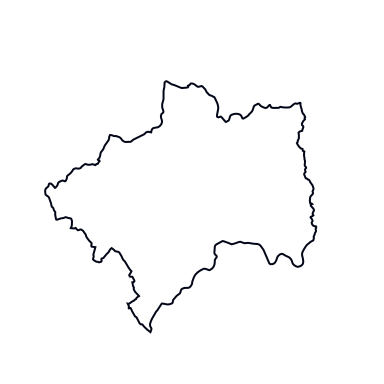 outline of Tay Hoa, Phú Yên, Vietnam, rotated 156°
{"feature_id": "81297802B36488646512837", "entity_name": "Tay Hoa", "entity_type": "district", "adm_level": 2, "iso_a3": "VNM", "parent_name": "Vietnam", "parent_adm1": "Phú Yên", "projection": "albers", "projection_center": [109.179, 12.914], "detail": "fine", "context": "isolated", "style": "outline", "palette": "ink", "viewbox_px": 384, "rotation_deg": 156, "n_neighbors": 0, "source": "geoboundaries", "source_scale": "gbopen_adm2", "svg_char_len": 5974}
<svg xmlns="http://www.w3.org/2000/svg" viewBox="0 0 384 384"><g transform="rotate(156 192 192)"><path d="M287.0,80.9L285.2,82.7L284.8,83.3L284.6,84.0L284.8,86.5L284.1,88.4L281.8,91.0L279.8,92.7L273.3,97.4L271.8,98.0L265.5,102.1L264.8,102.3L263.7,101.7L260.4,99.4L258.3,98.6L256.1,98.4L255.0,98.6L254.2,99.4L253.5,100.6L252.9,101.2L248.2,103.4L244.6,104.2L243.9,104.6L243.0,105.5L242.1,106.7L241.1,107.4L239.7,107.6L237.9,107.4L234.1,105.9L233.2,105.9L231.8,106.3L229.7,107.7L227.9,110.3L224.6,113.7L222.2,115.3L219.2,116.4L215.9,117.0L212.7,117.1L211.7,116.8L210.6,116.0L208.1,113.6L207.2,113.5L204.7,113.9L203.1,114.7L201.6,115.9L200.5,117.3L198.8,120.5L197.8,121.4L196.1,122.3L195.7,122.9L195.6,123.7L196.5,126.3L196.3,127.4L193.3,132.9L192.4,133.8L191.1,134.2L185.0,134.7L183.8,134.7L183.0,134.0L179.2,130.4L177.2,128.2L176.5,128.0L173.3,127.5L170.1,127.3L168.8,127.1L168.0,126.8L165.8,124.7L164.7,123.8L161.4,122.7L156.5,119.5L153.4,117.9L151.8,116.4L151.2,114.9L150.2,110.1L150.4,95.3L149.8,94.2L147.8,93.4L146.6,93.3L145.7,93.5L144.6,93.9L143.7,94.6L142.5,95.6L141.1,97.2L139.7,98.4L137.2,99.2L135.1,99.0L134.3,98.4L132.6,96.0L129.7,92.6L128.9,90.3L128.8,89.3L129.1,85.5L128.3,83.4L127.4,82.1L125.9,80.6L124.1,80.3L122.0,80.3L120.8,80.8L119.7,81.5L118.5,83.5L117.8,86.0L117.2,89.3L116.1,91.6L113.4,93.9L110.3,96.0L108.6,96.9L104.1,98.2L100.9,98.5L100.4,99.0L99.4,100.4L98.9,101.9L97.3,103.2L96.5,104.4L94.9,105.5L94.5,106.2L94.1,107.9L92.7,109.4L92.8,110.3L93.8,110.8L94.8,111.7L95.4,113.4L95.2,115.3L93.6,116.5L93.5,116.9L93.5,118.2L94.0,120.6L93.6,121.0L91.9,121.0L90.6,121.3L90.7,123.0L90.5,123.4L89.3,124.6L88.2,125.4L87.9,125.8L87.9,127.6L89.0,130.9L89.0,131.4L88.5,131.9L88.1,132.1L87.1,132.1L87.5,132.9L88.6,133.5L87.8,136.4L86.1,139.2L85.7,139.5L85.2,139.9L82.4,141.1L81.9,141.9L81.6,143.6L80.3,144.6L79.5,146.0L79.2,149.0L80.0,153.1L80.0,155.0L80.4,155.8L81.1,156.3L81.6,157.5L82.5,158.3L82.4,162.4L82.2,162.8L81.4,163.6L80.5,163.8L80.0,164.3L79.9,165.9L79.3,166.9L77.9,167.6L77.8,168.3L78.2,169.6L78.2,170.5L76.2,174.2L75.8,176.6L75.3,177.5L74.9,179.8L74.2,180.9L73.9,181.9L72.9,183.2L73.0,183.6L74.0,184.5L73.5,186.4L74.9,187.6L75.6,189.3L76.2,192.2L76.3,194.0L75.0,194.8L74.6,195.8L72.7,197.3L71.2,200.5L70.6,202.8L69.6,203.3L68.7,203.4L66.4,203.1L65.4,204.5L64.3,205.5L63.8,206.2L63.7,207.0L64.2,208.2L64.0,209.4L63.0,210.4L61.4,211.6L59.2,212.5L59.1,213.8L58.2,214.3L58.2,217.0L58.8,218.6L58.7,221.0L58.2,223.0L57.7,226.7L57.3,228.0L56.8,228.8L56.8,229.3L57.2,229.6L60.0,229.8L61.5,230.9L62.8,230.9L67.2,229.7L68.7,229.7L71.5,230.8L74.6,232.4L76.7,233.9L78.4,233.6L82.1,235.1L84.5,236.3L85.2,237.1L85.4,239.8L85.8,240.0L88.9,238.7L90.3,238.7L91.6,239.5L94.0,242.3L95.2,245.4L95.9,245.8L99.9,245.5L100.6,245.1L103.4,242.0L104.9,241.0L108.3,239.7L109.2,239.1L110.7,238.7L113.6,238.3L115.3,238.2L116.0,238.8L116.0,241.4L116.4,242.7L117.1,243.6L118.3,244.7L120.1,245.6L121.9,246.2L124.7,246.4L125.5,246.2L126.3,245.7L128.8,242.9L129.7,242.3L132.6,242.2L132.8,242.5L134.6,248.4L135.1,249.2L137.6,249.5L138.2,250.0L138.4,250.6L138.3,251.3L137.8,252.2L134.4,257.1L133.6,258.6L133.1,260.5L132.8,262.7L132.9,269.1L133.1,269.7L134.3,271.0L134.8,271.9L135.9,272.7L136.8,273.8L138.0,277.4L138.1,280.2L139.4,283.9L140.1,284.9L143.6,285.5L144.8,287.1L145.7,288.9L146.4,289.9L147.4,290.8L148.8,291.6L149.5,291.5L150.4,290.8L152.5,290.7L152.6,289.7L153.2,289.3L154.0,289.4L159.0,291.1L160.1,292.1L164.5,296.7L166.9,298.8L169.7,303.0L170.4,303.6L170.9,303.7L171.4,303.7L172.5,303.1L174.9,298.6L175.9,297.4L177.1,295.4L180.3,288.3L183.5,284.4L184.8,281.4L185.2,277.8L185.5,276.8L186.3,276.2L188.4,275.5L189.4,274.2L189.9,273.1L190.5,269.1L190.9,268.1L192.5,266.4L194.5,265.4L196.7,265.0L200.6,266.0L202.1,266.0L203.3,265.3L204.3,264.2L205.0,263.1L207.6,264.9L209.4,265.2L212.2,264.2L224.2,263.7L227.1,262.9L227.9,262.9L231.3,264.3L232.8,265.0L233.4,265.5L234.6,267.4L235.2,270.1L236.0,271.6L238.5,273.9L240.6,274.9L242.3,276.6L243.7,277.4L245.2,276.1L245.8,274.8L247.1,273.3L252.8,269.9L255.9,267.0L259.3,265.2L261.2,262.5L262.6,260.9L264.8,259.9L264.8,259.4L263.8,258.3L263.9,257.7L265.3,257.1L266.5,256.1L268.1,256.4L268.7,256.0L269.5,255.9L271.2,257.7L275.0,258.7L276.1,259.3L277.9,260.9L279.0,260.9L282.3,260.1L283.8,259.3L285.0,259.2L286.2,259.5L288.5,260.9L290.2,261.1L291.6,260.8L292.9,259.8L295.5,258.5L299.3,257.5L299.9,256.9L301.1,255.0L303.1,253.4L303.8,253.5L305.0,254.7L305.8,255.2L307.4,255.3L309.3,255.2L310.5,254.8L312.3,252.8L313.8,252.0L314.7,251.6L315.5,251.5L316.6,255.3L317.3,256.9L318.7,257.7L319.5,257.5L320.6,255.9L321.2,255.5L324.1,254.6L325.1,253.7L325.9,252.3L326.5,250.5L326.8,249.0L325.2,246.2L324.9,245.2L325.4,238.9L326.1,235.8L325.3,233.9L325.5,231.4L325.1,229.2L326.2,227.0L327.2,222.8L327.2,222.0L326.5,221.6L322.5,221.2L319.9,220.5L317.6,220.4L315.1,218.2L313.6,217.3L313.2,216.3L313.5,214.1L315.3,210.5L316.3,209.3L317.4,208.3L314.5,206.6L312.9,206.5L312.4,204.6L311.8,203.5L311.2,203.3L309.3,203.2L308.9,203.0L308.3,202.5L307.3,200.8L306.4,196.2L306.7,194.5L306.6,193.1L305.7,189.2L304.5,186.1L305.9,183.8L305.9,182.9L302.7,180.9L307.6,174.9L308.0,173.1L309.8,170.9L309.5,169.7L307.8,167.3L306.7,166.7L305.6,165.6L303.7,165.2L302.6,165.7L302.2,167.4L301.6,168.0L300.3,167.7L299.7,167.8L295.5,169.9L292.8,170.9L289.8,173.0L288.2,173.4L286.9,171.0L286.3,169.2L283.7,167.3L283.2,166.6L282.9,165.4L282.5,161.9L282.5,158.5L281.5,155.5L280.7,148.6L280.0,145.4L279.5,144.3L280.9,143.1L283.2,141.6L283.2,141.3L283.2,140.1L282.7,139.6L281.1,138.9L280.9,138.5L280.7,135.1L280.8,134.1L281.2,133.7L282.1,133.4L283.2,133.8L284.1,130.1L283.9,128.5L284.6,127.3L284.8,126.6L284.6,124.0L282.7,118.5L284.0,118.3L285.7,117.8L286.8,116.9L288.2,116.9L288.9,116.4L290.9,116.3L295.3,115.5L296.1,116.1L296.1,113.4L297.1,111.5L297.0,111.3L295.6,111.2L295.3,110.9L295.2,110.3L295.2,107.4L294.7,102.2L294.6,101.4L293.8,100.4L293.6,99.6L293.3,93.4L292.8,92.2L291.2,91.1L290.7,89.0L289.1,84.9L287.0,80.9Z" fill="none" stroke="#020617" stroke-width="2"/></g></svg>